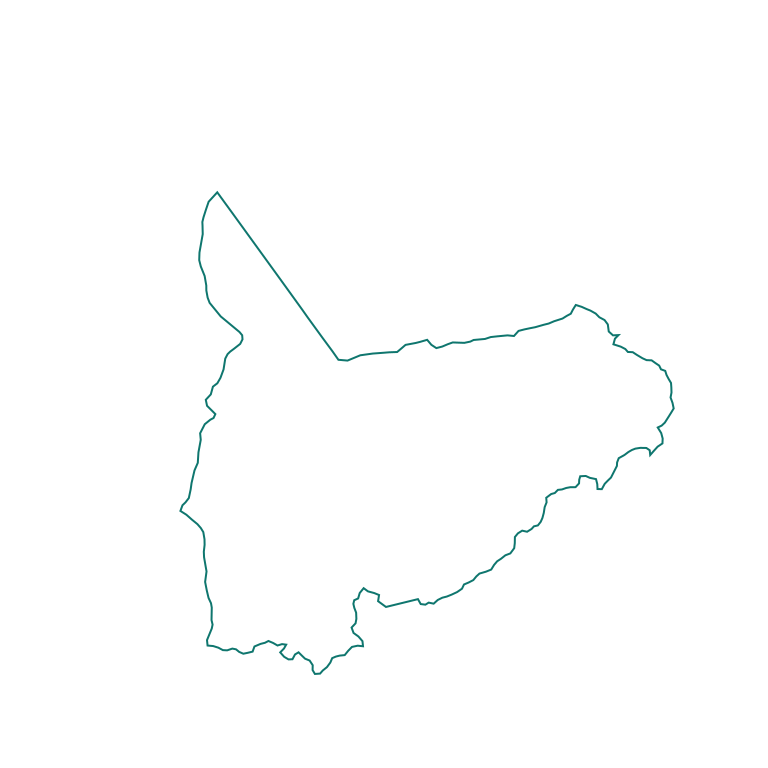 Canindé de São Francisco, Sergipe, Brazil (Albers equal-area conic projection), rotated 247°
{"feature_id": "56859067B69154990802768", "entity_name": "Canindé de São Francisco", "entity_type": "district", "adm_level": 2, "iso_a3": "BRA", "parent_name": "Brazil", "parent_adm1": "Sergipe", "projection": "albers", "projection_center": [-37.94, -9.729], "detail": "fine", "context": "isolated", "style": "outline", "palette": "teal", "viewbox_px": 768, "rotation_deg": 247, "n_neighbors": 0, "source": "geoboundaries", "source_scale": "gbopen_adm2", "svg_char_len": 3586}
<svg xmlns="http://www.w3.org/2000/svg" viewBox="0 0 768 768"><g transform="rotate(247 384 384)"><path d="M212.2,119.4L209.5,124.4L206.0,128.5L202.0,131.7L200.1,135.6L199.7,141.0L197.6,144.1L194.0,146.0L190.7,149.1L189.8,153.5L189.0,158.5L193.0,162.2L193.0,168.8L192.3,173.3L192.6,177.2L189.0,180.7L184.9,183.8L184.4,188.5L182.3,192.1L179.6,188.6L177.5,183.6L171.9,185.5L167.8,188.5L166.4,192.2L169.8,196.4L170.4,200.5L166.0,202.3L162.0,204.0L158.5,207.5L153.0,208.5L148.6,206.5L144.1,207.1L142.4,212.0L144.2,215.7L145.7,220.9L148.6,225.8L151.9,229.2L151.9,233.2L151.3,237.1L149.8,241.9L152.4,246.8L154.5,251.8L153.4,257.5L150.8,262.2L155.7,263.7L161.6,261.8L166.7,258.7L172.5,259.0L174.8,264.3L178.6,266.8L184.4,269.0L189.5,269.2L193.6,269.9L196.6,272.1L196.7,276.4L201.1,280.0L204.0,285.5L199.4,288.2L195.4,293.3L191.7,297.0L186.4,293.7L178.0,298.7L172.7,331.2L167.1,331.8L164.7,335.9L165.3,339.7L162.4,343.9L164.2,349.1L164.5,354.2L163.8,358.8L163.7,364.0L163.9,370.0L165.1,375.8L168.2,379.3L168.2,384.3L168.6,389.6L170.8,393.8L172.2,397.8L171.4,404.5L171.3,410.2L174.5,414.7L176.6,418.9L177.4,423.4L178.9,428.8L178.7,434.1L182.0,439.7L186.4,442.2L192.0,444.7L194.2,448.9L195.0,453.9L192.1,458.0L192.9,463.2L194.4,466.4L193.7,470.4L195.9,474.4L198.8,477.5L202.9,480.7L207.9,483.8L211.5,487.4L215.9,488.9L217.4,494.9L216.9,498.6L218.6,502.7L217.4,506.6L217.1,511.1L216.2,515.2L214.2,520.0L216.3,524.7L219.6,526.3L222.4,528.6L220.5,533.8L217.2,536.8L213.6,542.0L208.5,541.2L203.9,539.5L202.1,543.4L205.9,548.2L207.7,552.5L209.2,556.4L213.4,561.4L217.6,566.4L220.7,567.9L224.0,571.1L224.7,577.6L225.9,582.4L226.4,586.4L226.3,590.1L225.1,594.9L222.6,600.5L219.2,602.7L214.6,601.3L216.7,605.6L219.4,611.4L220.5,617.1L224.9,619.2L230.5,620.0L237.0,619.0L237.2,623.3L238.7,627.4L242.4,632.8L245.4,637.1L248.3,641.1L253.9,642.2L259.6,642.5L263.8,645.3L268.7,647.2L272.8,648.6L277.2,648.0L281.9,647.6L286.2,648.0L289.3,644.7L293.4,644.5L297.1,642.1L301.2,639.6L303.4,635.0L306.7,632.0L311.9,628.2L316.1,625.4L318.2,621.0L321.9,619.8L325.9,616.5L330.9,610.7L335.5,614.3L337.4,619.0L339.3,613.8L344.5,611.4L351.4,613.3L356.7,612.0L361.3,608.3L366.1,606.4L370.9,602.7L373.8,599.8L377.8,596.1L381.8,591.4L378.6,586.9L375.7,583.4L375.3,578.9L374.5,573.9L375.3,565.1L375.3,559.2L376.1,554.2L377.2,545.4L378.4,539.7L379.4,534.6L380.3,528.6L377.4,522.4L380.5,516.7L383.7,506.6L385.5,500.6L386.0,494.6L389.5,483.7L389.3,480.0L390.5,474.0L393.2,468.2L395.4,463.5L395.7,458.2L395.7,452.3L396.6,446.2L401.6,442.9L407.8,441.0L408.7,433.5L409.4,429.1L411.6,419.1L410.0,414.1L408.3,408.6L411.1,401.3L413.5,394.1L416.4,385.6L419.7,373.4L419.8,359.6L424.1,351.5L434.4,349.3L450.7,345.4L475.0,339.8L484.7,337.7L524.7,328.6L598.4,311.7L625.6,305.4L620.3,293.8L613.8,288.0L608.1,283.1L604.1,280.1L600.6,278.8L592.8,275.7L577.1,265.5L570.2,262.3L563.8,261.3L553.5,261.1L544.1,258.9L539.5,257.0L532.4,255.4L526.8,255.2L510.0,260.1L504.4,263.0L488.3,271.3L484.3,272.5L480.4,271.2L477.1,267.3L475.1,259.9L473.9,255.0L472.6,251.7L469.4,247.8L460.1,242.0L453.6,235.9L449.8,230.9L448.4,225.5L442.1,220.5L439.1,213.8L433.1,212.6L422.2,217.0L419.3,213.8L419.0,210.2L417.0,203.3L410.5,195.5L404.2,193.5L393.6,186.5L384.2,181.8L378.5,175.8L368.1,168.2L362.6,164.9L355.3,159.8L352.6,155.0L351.1,151.1L346.7,147.0L340.9,151.0L334.2,154.2L327.9,157.5L323.0,159.1L318.3,159.8L311.2,158.1L306.0,156.0L300.0,152.6L294.9,150.7L286.0,148.6L280.8,147.4L271.7,142.0L263.2,140.2L255.6,138.9L249.8,139.1L245.5,138.1L234.1,133.0L229.5,132.2L226.2,129.9L217.4,121.0L212.2,119.4Z" fill="none" stroke="#0f766e" stroke-width="2"/></g></svg>